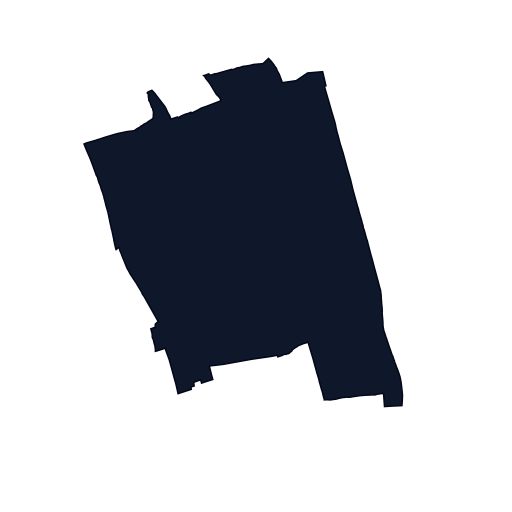 Brabova, Dolj, Romania (Natural Earth projection), rotated 249°
{"feature_id": "2599482B55634760087825", "entity_name": "Brabova", "entity_type": "district", "adm_level": 2, "iso_a3": "ROU", "parent_name": "Romania", "parent_adm1": "Dolj", "projection": "natural_earth1", "projection_center": [23.43, 44.36], "detail": "fine", "context": "isolated", "style": "filled", "palette": "ink", "viewbox_px": 512, "rotation_deg": 249, "n_neighbors": 0, "source": "geoboundaries", "source_scale": "gbopen_adm2", "svg_char_len": 6105}
<svg xmlns="http://www.w3.org/2000/svg" viewBox="0 0 512 512"><g transform="rotate(249 256 256)"><path d="M404.2,384.3L408.4,369.8L407.8,367.1L405.3,356.3L408.4,342.8L409.0,342.7L409.9,342.7L410.8,342.8L411.7,342.8L413.4,342.8L415.2,342.8L417.2,342.8L418.9,342.6L420.8,342.3L422.0,342.2L422.6,342.2L423.5,342.3L424.3,342.2L426.4,341.5L426.7,341.5L427.4,341.4L428.7,341.1L431.3,340.3L431.8,340.1L432.9,339.8L434.5,339.1L435.8,338.6L436.0,338.5L433.1,331.5L435.7,322.4L436.2,318.2L436.9,314.9L437.7,312.0L437.8,310.4L437.8,308.7L437.8,308.1L438.3,306.4L438.4,305.0L438.2,302.9L438.4,301.5L438.4,300.7L439.0,300.1L439.4,295.8L440.0,289.1L440.4,284.5L440.9,282.8L440.9,281.6L441.0,279.1L441.2,278.8L441.2,278.6L441.3,278.1L441.4,277.8L441.6,277.6L441.9,277.4L442.3,277.3L443.0,277.2L443.0,273.8L443.2,271.8L442.1,272.4L440.4,272.7L439.6,272.7L438.6,273.2L437.0,273.6L435.4,274.2L433.8,274.6L432.6,274.9L430.7,275.2L428.6,275.6L426.7,275.9L424.2,276.4L422.1,276.7L419.9,277.4L418.4,278.2L416.8,278.7L413.9,279.2L413.5,277.4L413.5,267.9L413.5,263.1L413.7,258.1L413.4,255.9L413.0,253.2L412.8,250.9L412.5,247.3L412.4,246.9L413.2,246.9L413.5,246.8L413.4,244.0L413.7,241.1L413.6,237.6L413.4,235.3L413.2,234.6L412.8,234.5L412.5,234.1L412.6,233.8L412.8,233.3L413.3,233.0L413.9,232.8L414.3,225.5L415.6,225.6L416.6,225.7L417.3,225.7L418.4,225.6L421.1,225.1L422.2,225.0L426.1,224.8L427.5,224.6L429.4,224.2L431.9,223.4L436.7,222.0L439.0,221.3L442.0,220.4L444.2,219.8L446.0,219.1L448.0,218.2L448.0,217.2L447.9,214.4L447.8,213.8L447.7,213.5L447.5,213.3L447.2,213.3L447.1,212.9L446.7,213.0L445.4,213.5L444.7,213.9L444.1,214.2L444.6,213.5L443.9,213.2L444.1,212.9L443.0,212.5L442.9,212.6L439.4,211.7L439.3,212.1L437.1,212.1L432.0,211.9L431.7,212.6L430.7,212.4L429.7,212.1L428.8,212.0L428.2,212.0L427.2,211.8L426.5,211.6L425.7,211.2L424.3,210.6L423.3,210.2L422.4,209.7L421.7,209.5L421.6,209.4L421.0,207.9L420.0,203.2L419.5,202.0L419.3,199.3L419.2,198.2L418.9,197.7L418.7,196.8L418.5,195.0L418.2,194.3L417.9,193.8L417.8,193.3L417.8,192.8L417.7,192.3L417.7,191.7L417.5,190.8L417.4,190.1L417.2,189.4L417.0,188.9L416.7,186.9L416.7,186.6L417.0,185.7L418.4,180.2L419.9,170.8L420.2,168.0L420.4,165.3L420.9,158.8L421.6,146.1L422.3,138.2L422.2,135.6L421.4,135.6L415.0,135.7L406.4,136.1L402.3,136.1L395.9,136.0L390.8,135.9L388.8,135.8L387.6,136.0L386.7,136.2L382.5,135.8L381.5,135.8L380.7,135.7L379.2,135.8L378.1,135.8L377.1,135.9L376.3,135.7L373.1,135.5L371.4,135.5L369.4,135.5L367.8,135.3L366.3,135.2L365.7,135.3L364.6,134.9L363.0,134.8L362.1,134.7L359.5,134.4L356.7,134.0L352.8,133.7L351.0,133.5L350.3,133.5L349.6,133.5L348.3,133.1L347.0,133.0L346.4,132.9L345.8,132.8L345.0,132.6L343.5,132.4L340.6,131.9L336.0,131.2L334.7,131.1L334.2,130.9L333.6,130.7L333.1,130.7L332.7,130.7L332.3,130.7L330.6,130.5L325.3,129.6L323.1,129.3L321.5,128.9L315.5,128.0L313.2,127.7L312.1,127.7L312.2,128.1L312.9,129.7L313.3,130.8L313.3,131.0L311.3,131.0L309.9,130.9L308.7,130.9L307.4,131.0L303.9,131.0L301.6,131.0L299.3,131.1L297.8,131.1L296.2,131.1L292.7,131.2L291.4,131.2L290.0,131.3L288.0,131.7L284.4,132.1L281.3,132.8L279.3,133.2L276.9,133.7L274.8,134.2L273.5,134.5L269.8,135.1L265.5,135.9L263.8,136.2L261.1,136.3L258.4,137.0L229.9,141.2L229.8,140.8L228.5,137.6L225.6,136.3L225.7,134.0L225.7,131.7L224.4,131.6L220.5,131.1L219.8,130.9L217.8,130.2L217.1,130.0L215.5,130.1L214.2,130.1L210.7,129.6L209.4,129.5L208.6,129.5L204.5,128.5L203.1,127.9L202.9,129.4L202.6,134.3L202.5,138.0L200.6,138.0L196.2,137.9L190.2,137.8L176.0,136.4L170.4,135.8L166.6,135.5L162.0,134.9L155.4,133.9L154.7,147.8L157.0,148.3L156.8,151.7L158.1,152.0L160.4,152.6L160.2,159.8L158.8,159.8L156.8,159.6L156.7,162.8L156.2,171.4L161.2,171.9L170.0,173.0L169.5,175.1L167.5,182.9L166.5,186.9L161.2,214.8L157.0,233.3L156.4,236.4L155.8,240.2L154.0,240.2L153.8,244.2L154.0,246.8L154.0,247.2L153.9,248.0L153.6,248.4L153.5,248.5L153.4,248.7L153.4,249.0L153.5,249.4L153.4,250.4L153.3,250.8L153.2,251.2L153.3,252.1L153.5,252.6L153.8,253.1L153.9,253.4L154.1,254.2L154.2,254.9L154.6,255.5L155.4,256.3L155.5,256.6L155.7,257.4L156.1,258.7L156.4,260.2L156.7,262.0L156.8,262.6L157.1,263.1L157.2,268.9L156.8,273.7L140.7,272.5L138.3,272.3L132.5,271.7L130.3,271.5L124.7,270.9L122.9,270.8L121.2,270.7L117.9,270.4L116.2,270.1L112.9,269.8L111.7,269.7L107.8,269.3L107.1,269.3L106.1,269.3L104.0,269.1L103.0,268.9L102.4,268.8L101.2,268.7L100.1,268.5L97.4,268.3L97.2,268.2L96.9,269.2L96.2,271.1L95.6,272.4L95.0,273.8L94.3,276.9L93.6,279.9L93.4,282.4L92.8,286.0L91.6,290.5L91.0,291.7L90.4,293.5L90.1,295.2L89.7,297.0L88.4,302.9L86.7,308.6L85.4,312.5L84.6,315.0L83.6,317.4L83.6,318.6L83.5,320.1L83.1,321.3L83.0,322.1L82.8,323.2L82.5,324.2L81.5,325.7L69.4,322.0L66.8,330.2L64.0,338.6L65.7,339.4L68.4,340.7L73.6,342.9L78.0,344.1L82.1,345.2L87.1,346.4L91.3,347.1L92.2,347.2L92.9,347.2L95.5,347.4L96.7,347.4L99.8,347.5L102.0,347.4L103.1,347.4L104.0,347.5L104.9,347.5L105.7,347.5L106.1,347.4L106.9,347.4L107.9,347.5L108.7,347.7L110.0,347.6L113.5,347.8L115.0,347.6L115.4,347.6L120.1,347.8L121.6,347.8L124.7,347.9L126.5,348.0L128.3,348.1L129.1,348.1L130.0,348.1L130.8,348.2L131.9,348.3L132.6,348.3L133.7,348.2L134.5,348.3L137.6,348.5L140.0,348.6L140.5,348.6L140.8,348.6L141.4,348.7L142.2,348.9L142.9,349.1L143.6,349.1L144.2,349.3L146.1,349.8L147.7,350.4L149.5,351.0L151.2,351.5L153.2,352.1L154.0,352.3L155.0,352.6L156.0,352.9L157.7,353.4L158.3,353.6L158.9,353.9L159.1,354.1L160.2,354.4L161.3,354.8L163.3,355.4L165.2,355.9L166.1,356.1L167.6,356.6L171.3,357.7L172.9,358.2L174.2,358.7L175.9,359.1L177.8,359.6L178.7,359.8L179.6,360.0L181.2,360.1L186.8,360.7L188.5,360.9L194.3,361.5L205.1,362.6L208.4,363.0L217.7,363.9L228.3,365.1L229.4,365.3L230.5,365.4L232.2,365.4L239.4,366.1L241.5,366.3L242.2,366.4L242.7,366.3L244.3,366.3L244.9,366.6L246.0,366.8L249.4,367.0L251.1,367.3L260.1,368.0L263.5,368.5L266.0,368.6L282.7,370.2L293.9,371.7L305.2,372.6L320.7,374.2L330.5,374.8L332.4,375.0L339.3,375.8L342.9,376.1L344.0,376.3L347.9,376.8L349.1,377.1L352.9,377.6L364.7,378.5L376.1,379.5L388.0,380.5L389.2,380.7L389.7,381.0L390.0,381.4L390.1,381.8L389.9,382.3L404.2,384.3Z" fill="#0f172a" stroke="#020617" stroke-width="1.5"/></g></svg>